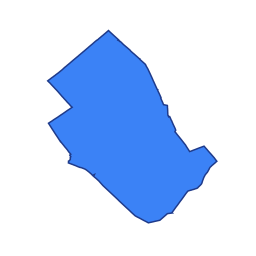 outline of Coacalco de Berriozábal, México, Mexico, rotated 308°
{"feature_id": "50627088B41912886013432", "entity_name": "Coacalco de Berriozábal", "entity_type": "district", "adm_level": 2, "iso_a3": "MEX", "parent_name": "Mexico", "parent_adm1": "México", "projection": "mercator", "projection_center": [-99.1, 19.626], "detail": "fine", "context": "isolated", "style": "filled", "palette": "blue", "viewbox_px": 256, "rotation_deg": 308, "n_neighbors": 0, "source": "geoboundaries", "source_scale": "gbopen_adm2", "svg_char_len": 5316}
<svg xmlns="http://www.w3.org/2000/svg" viewBox="0 0 256 256"><g transform="rotate(308 128 128)"><path d="M88.3,215.2L88.3,214.7L90.6,214.7L92.9,214.6L95.1,214.5L97.5,214.5L99.9,214.4L102.3,214.3L104.7,214.3L107.1,214.2L109.5,214.1L111.9,214.0L114.3,214.0L114.7,214.0L114.8,214.0L115.4,214.2L115.8,214.4L116.7,215.1L117.3,215.5L118.3,216.3L119.0,216.7L120.1,217.6L121.4,218.4L122.5,219.2L123.2,219.6L123.9,219.8L124.6,219.8L126.0,220.0L127.2,220.2L128.4,220.3L129.0,220.3L129.5,220.3L130.1,220.1L130.7,219.9L132.5,219.2L133.2,219.0L134.5,218.6L135.3,218.3L136.3,218.1L137.5,217.9L138.3,217.7L139.4,217.7L140.0,217.7L140.8,217.7L141.7,217.8L142.6,217.7L143.4,217.6L144.4,217.4L145.3,217.3L146.0,217.1L146.6,217.0L147.2,216.9L147.8,216.9L148.8,217.1L149.8,217.2L150.4,217.3L151.7,217.6L152.4,217.7L153.5,218.0L155.0,218.2L156.5,218.5L157.0,216.4L157.6,214.3L158.1,211.7L158.5,209.7L158.9,207.3L159.3,205.2L159.7,203.4L160.0,201.7L160.3,200.2L160.5,199.1L155.5,196.0L152.6,194.3L151.0,193.3L149.8,192.6L148.9,192.1L147.4,191.1L149.4,185.3L150.0,183.9L150.3,182.6L151.8,176.5L153.2,170.4L153.7,168.6L153.9,167.3L155.0,167.0L155.6,167.0L156.1,166.3L157.1,164.5L158.8,161.1L160.7,157.7L161.0,156.8L161.8,155.5L162.6,153.9L162.2,153.6L161.8,153.3L161.9,153.0L162.0,152.9L162.4,152.7L162.5,152.6L162.5,152.2L162.4,152.0L162.5,151.8L162.8,151.4L163.0,151.2L163.5,150.8L163.8,150.5L164.2,150.2L164.5,149.9L164.9,149.6L165.2,149.3L165.7,148.9L166.0,148.7L166.4,148.3L166.9,147.9L167.1,147.7L167.6,147.3L167.8,147.1L168.3,146.6L168.5,146.4L169.0,146.0L169.3,145.8L169.7,145.5L170.0,145.1L168.8,142.7L168.3,141.7L168.5,141.3L168.6,141.0L169.3,139.9L170.5,137.6L170.7,137.2L171.0,136.7L171.1,136.4L171.3,136.1L171.7,135.4L172.1,135.5L172.6,134.7L174.5,131.1L175.4,129.2L176.0,128.2L176.2,127.9L176.5,127.9L176.5,127.0L176.6,126.8L177.0,126.1L177.4,125.3L180.5,119.4L180.7,118.9L181.4,117.7L182.1,116.4L182.8,115.1L183.4,113.9L184.3,112.2L184.8,111.2L184.9,110.9L185.2,110.4L186.3,108.2L186.9,107.0L187.2,106.2L188.2,103.7L188.5,103.5L188.6,103.3L188.6,103.0L188.7,102.6L188.9,102.3L189.2,97.7L189.4,94.9L189.8,94.7L189.6,94.2L190.1,86.7L190.1,85.6L190.3,82.7L190.5,82.1L190.6,81.7L190.7,79.7L190.8,77.7L190.9,75.0L191.0,72.8L191.3,70.5L191.4,69.6L191.4,68.3L191.2,68.5L191.1,68.4L191.1,68.1L191.1,67.7L191.2,67.4L191.3,67.1L191.4,66.8L191.1,66.3L191.0,66.0L191.4,66.0L191.7,66.1L191.8,64.5L192.0,62.1L192.1,60.6L192.3,58.2L192.5,55.7L192.5,55.4L192.8,52.6L191.2,52.3L190.3,52.1L188.7,51.8L187.8,51.6L187.2,51.5L187.0,51.4L186.7,51.4L185.9,51.2L185.7,51.2L184.8,51.0L184.6,50.9L183.6,50.7L182.6,50.5L182.0,50.4L181.7,50.3L180.7,50.1L180.4,50.0L179.3,49.9L178.8,49.7L178.4,49.6L177.8,49.3L177.4,49.2L176.3,49.0L176.0,48.9L174.9,48.7L173.3,48.4L172.6,48.3L170.4,47.8L168.0,47.3L167.5,47.2L167.0,47.1L166.2,47.0L165.5,46.8L164.9,46.7L163.9,46.5L163.0,46.3L162.3,46.2L161.9,46.1L161.4,46.0L160.3,45.7L159.4,45.6L158.7,45.4L157.9,45.2L157.1,45.1L156.2,44.9L155.5,44.7L154.7,44.6L154.1,44.5L153.8,44.4L153.5,44.4L153.0,44.2L152.3,44.1L152.0,44.0L150.5,43.7L149.7,43.5L149.0,43.4L148.3,43.2L147.6,43.1L147.4,43.0L147.2,43.0L146.4,42.8L145.6,42.7L144.9,42.5L143.7,42.3L143.2,42.2L142.4,42.0L141.7,41.9L140.9,41.7L140.1,41.5L139.3,41.4L138.8,41.3L138.5,41.2L138.0,41.1L137.7,41.0L136.8,40.8L136.1,40.7L135.3,40.5L134.1,40.4L133.2,40.2L132.3,40.0L131.4,39.8L129.1,39.3L128.7,39.2L128.3,39.1L125.5,38.3L124.4,38.1L123.5,37.8L122.9,37.6L122.6,37.6L121.4,37.2L117.3,36.1L115.7,35.7L115.5,37.4L115.4,38.8L115.2,39.7L115.2,39.8L114.8,42.3L114.4,44.9L114.0,47.2L114.0,47.6L113.6,50.0L113.2,52.0L113.1,52.5L112.6,55.1L112.4,56.1L112.3,56.4L112.0,58.6L111.8,59.3L111.4,62.0L111.1,63.5L110.9,64.5L110.8,65.5L110.6,67.0L110.1,69.4L110.0,71.2L107.6,70.5L107.0,70.3L106.9,70.3L106.6,70.2L104.9,69.6L104.7,69.5L104.3,69.4L103.0,69.0L101.6,68.6L101.1,68.4L100.0,68.1L98.4,67.6L97.9,67.4L97.4,67.2L97.2,67.2L96.5,66.9L96.4,66.9L96.2,66.9L95.7,66.7L93.8,66.1L93.4,66.0L90.3,64.9L90.0,64.8L89.2,64.5L86.9,63.8L85.6,63.4L85.4,63.3L85.3,63.2L85.2,63.2L84.3,62.9L83.4,62.6L82.8,62.4L80.5,68.9L79.7,71.3L79.3,72.4L78.2,75.6L77.3,78.4L76.5,80.7L75.7,83.0L75.9,83.0L75.7,83.6L75.6,84.1L75.2,85.8L74.9,87.2L74.6,88.5L74.4,89.2L74.1,90.5L73.9,91.7L73.7,92.4L73.6,93.0L73.3,94.2L73.0,95.0L72.8,95.7L72.5,96.9L72.4,97.6L72.2,98.8L72.1,99.1L70.8,98.8L70.6,99.3L70.4,99.6L70.3,99.9L70.4,100.2L70.2,100.6L69.1,100.8L68.8,100.8L68.6,101.1L68.3,101.5L68.1,101.7L67.8,101.8L67.4,101.9L67.0,101.9L66.8,101.8L66.3,101.8L65.9,101.8L65.2,101.5L64.5,102.2L64.2,102.3L63.8,102.5L64.3,104.3L64.6,105.1L64.7,105.5L65.3,107.3L65.6,108.5L66.0,109.6L66.6,112.0L66.7,112.3L67.3,114.3L68.0,115.6L68.4,116.9L68.6,117.6L68.7,117.9L69.1,119.3L69.3,121.0L69.3,123.6L69.3,124.2L69.2,125.9L69.1,127.6L68.8,129.5L69.5,129.7L69.9,129.8L70.7,130.2L69.6,130.5L68.8,130.7L68.8,130.8L68.7,131.0L68.6,134.2L68.3,137.8L68.0,139.3L67.6,141.5L67.2,143.7L67.0,145.9L66.8,148.1L66.6,150.4L66.4,152.6L66.2,154.8L66.0,157.0L65.8,159.3L65.6,161.5L65.4,163.7L65.1,166.0L64.9,168.2L64.7,170.4L64.5,172.7L64.3,174.9L64.1,177.5L63.9,180.0L63.6,182.6L63.4,185.2L63.2,187.7L63.6,190.2L64.1,192.6L64.5,195.1L64.9,197.5L65.4,200.0L65.8,202.4L67.6,203.9L69.4,205.4L71.3,206.9L73.1,208.4L74.9,209.9L78.5,210.6L81.6,211.2L84.2,211.7L84.7,211.7L88.3,215.2Z" fill="#3b82f6" stroke="#1e3a8a" stroke-width="1.5"/></g></svg>